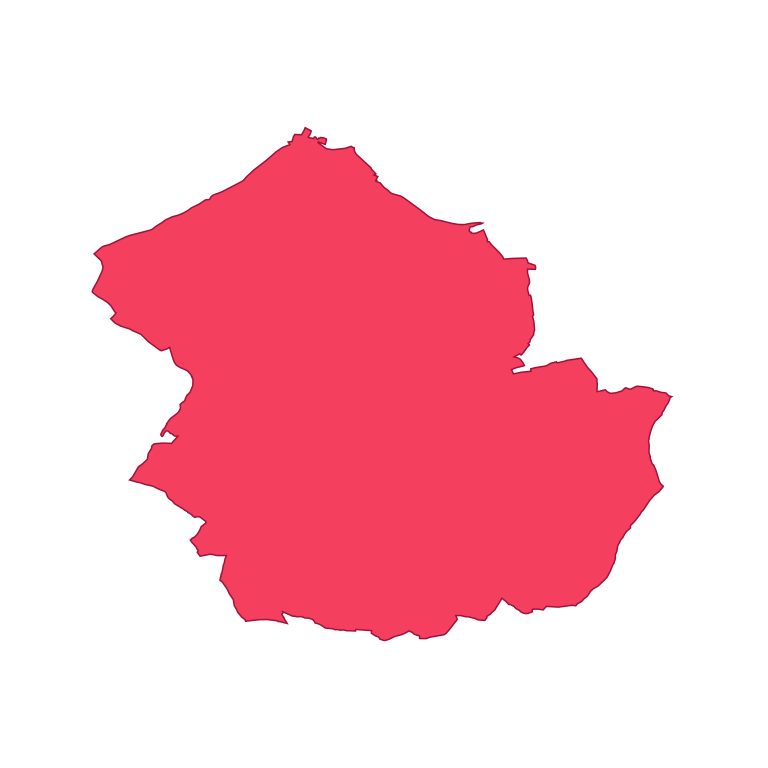 Palatca, Cluj, Romania (Natural Earth projection), rotated 163°
{"feature_id": "2599482B3358887254136", "entity_name": "Palatca", "entity_type": "district", "adm_level": 2, "iso_a3": "ROU", "parent_name": "Romania", "parent_adm1": "Cluj", "projection": "natural_earth1", "projection_center": [23.989, 46.864], "detail": "fine", "context": "isolated", "style": "filled", "palette": "rose", "viewbox_px": 768, "rotation_deg": 163, "n_neighbors": 0, "source": "geoboundaries", "source_scale": "gbopen_adm2", "svg_char_len": 6171}
<svg xmlns="http://www.w3.org/2000/svg" viewBox="0 0 768 768"><g transform="rotate(163 384 384)"><path d="M597.0,493.4L588.7,482.3L587.3,480.9L581.6,481.0L578.2,481.7L578.4,479.2L578.3,467.9L578.1,466.1L577.1,462.8L574.1,459.3L570.2,456.1L568.1,453.9L566.3,450.2L565.5,447.6L565.4,447.1L565.8,447.1L565.4,444.9L565.6,443.3L567.3,438.4L571.9,432.8L575.9,430.7L578.3,428.0L579.4,426.3L583.5,424.8L585.1,423.9L585.3,421.7L585.9,420.1L588.1,417.7L590.0,416.5L597.6,413.7L600.0,412.3L603.5,409.5L603.4,409.2L606.6,406.0L608.9,404.7L612.1,401.3L612.2,400.1L611.8,398.9L611.3,398.7L610.5,399.1L608.5,401.3L606.2,402.8L605.5,402.8L604.3,402.1L603.3,400.6L602.9,399.3L601.3,398.5L600.3,396.5L599.0,395.2L596.3,394.4L597.3,393.6L603.0,390.4L604.4,389.3L612.6,392.1L618.3,393.4L621.6,393.9L624.0,392.8L625.2,390.4L629.8,386.3L632.3,381.2L638.1,378.3L643.2,376.5L651.3,368.9L655.4,366.6L649.2,362.6L646.1,360.9L642.0,357.9L634.9,353.9L629.8,349.0L625.1,345.5L624.2,343.7L623.9,339.1L623.0,337.1L620.6,333.9L619.2,330.6L612.2,322.8L611.6,321.6L609.3,319.5L609.0,318.2L607.8,317.4L606.4,315.6L605.6,313.9L603.8,311.7L601.7,311.8L599.1,310.9L594.7,304.8L594.9,303.2L600.4,301.1L603.3,297.7L606.9,294.6L610.2,292.9L612.1,292.7L614.8,291.5L614.1,288.8L611.3,283.0L611.0,280.6L610.2,279.2L611.8,277.7L610.2,273.1L600.0,272.0L598.0,271.2L593.7,268.7L584.9,266.0L587.2,263.2L589.0,259.7L590.5,257.9L594.3,250.6L594.7,250.6L598.3,244.3L596.8,242.4L596.1,240.6L594.0,233.9L593.1,228.3L591.3,222.5L591.2,221.3L592.0,215.8L590.8,210.8L590.6,208.4L588.3,202.9L585.7,199.0L585.7,197.6L572.3,195.1L564.6,192.9L555.8,189.0L554.4,187.6L552.9,187.2L546.6,183.3L546.9,184.9L547.7,187.1L547.9,189.2L549.1,193.2L548.5,194.1L547.2,194.7L547.3,195.7L539.4,188.8L536.6,187.7L535.7,187.0L531.0,185.7L527.8,183.3L525.2,182.4L521.6,180.2L520.3,178.5L519.7,175.5L517.4,174.2L515.0,172.2L511.5,167.8L504.6,164.9L502.5,163.3L500.2,162.7L497.7,161.3L494.9,160.8L492.1,159.1L483.4,156.1L482.7,157.5L467.9,151.7L469.0,149.4L465.7,145.5L463.6,144.0L462.9,143.0L462.5,141.2L459.1,138.8L458.1,138.4L455.7,138.4L452.8,138.5L447.8,139.4L439.7,139.2L435.7,139.7L432.3,140.6L429.6,138.2L428.4,136.1L425.7,133.9L424.0,133.1L423.9,132.0L424.3,130.3L423.0,129.7L418.2,128.2L414.0,128.4L399.7,126.7L397.7,127.3L393.6,129.8L382.7,137.4L383.0,141.5L378.1,140.0L374.0,137.6L371.2,136.6L365.7,133.3L363.0,130.9L356.7,128.4L354.0,130.3L353.3,131.9L349.7,132.7L347.0,134.3L344.5,135.2L333.9,144.6L331.2,140.8L329.1,136.6L328.0,136.5L324.6,133.2L323.6,130.8L320.8,128.0L319.5,125.7L317.2,123.8L315.3,122.9L313.4,122.5L308.7,122.8L308.3,124.9L307.0,125.0L302.7,123.8L297.9,121.4L293.7,123.8L282.3,119.6L269.4,117.5L267.6,116.9L265.5,115.8L263.3,117.3L258.7,118.2L255.3,120.2L251.9,121.5L249.2,123.5L247.4,125.2L243.5,127.1L238.6,128.1L230.5,132.1L226.9,134.2L221.9,139.4L218.2,144.0L216.4,145.5L213.7,149.6L212.7,153.0L210.3,155.9L207.9,160.7L202.9,165.9L200.1,167.7L197.7,170.3L194.9,172.3L190.3,174.3L190.0,175.8L189.2,176.8L184.6,179.3L177.7,184.1L174.8,186.7L173.0,187.5L163.8,195.1L158.2,198.6L152.4,200.7L147.0,204.2L147.0,205.0L147.9,206.1L148.7,208.0L149.2,210.2L149.2,221.8L149.8,227.4L150.9,229.5L151.0,234.0L151.2,234.5L150.6,236.9L150.7,240.9L148.3,247.9L147.8,251.6L147.3,252.9L146.4,254.3L146.2,255.3L142.7,260.9L139.8,264.9L136.0,268.8L127.1,273.4L126.8,274.6L125.9,275.6L124.0,277.1L120.9,280.4L118.3,282.4L115.8,285.1L114.4,287.3L112.6,287.8L115.2,289.5L117.0,293.0L121.6,295.1L125.2,297.6L128.1,298.6L128.4,299.4L128.1,300.1L128.5,300.9L133.5,304.0L141.7,307.6L144.0,308.0L148.8,307.0L150.8,307.3L153.9,309.7L155.1,309.5L158.5,307.8L165.1,307.8L170.3,308.9L172.8,311.4L174.0,313.7L174.3,313.8L179.5,314.0L182.6,314.5L180.0,321.8L179.7,323.9L178.9,326.9L181.7,334.2L184.8,341.0L187.8,351.0L202.5,353.2L204.5,353.0L212.0,353.5L212.6,354.1L212.6,354.8L218.3,355.1L223.6,353.9L234.9,355.4L239.2,355.6L239.5,355.2L239.6,353.2L249.2,355.1L257.2,355.8L257.8,360.5L253.6,360.9L244.4,360.5L244.8,363.4L246.4,367.8L248.0,369.5L251.7,371.9L245.6,373.2L244.5,371.6L241.2,373.4L236.4,377.2L233.6,378.6L233.5,379.0L234.5,380.4L232.1,381.7L231.0,383.8L226.6,387.3L225.5,389.8L224.2,391.6L222.4,400.1L222.2,405.4L220.8,406.2L220.6,406.8L220.3,410.0L218.7,418.3L218.0,423.6L218.0,426.0L219.3,426.3L219.2,431.2L218.9,432.9L218.0,435.0L215.9,437.3L214.9,439.0L214.5,441.3L214.3,448.4L213.1,451.9L205.7,449.4L205.2,450.2L204.7,452.2L205.0,453.6L205.7,453.9L210.9,457.9L210.7,459.9L211.2,462.9L224.7,466.6L232.5,468.3L233.0,468.6L233.3,471.1L235.4,476.2L240.8,486.3L241.8,489.3L242.2,489.6L243.3,489.7L243.3,491.2L242.8,491.8L243.8,502.3L251.9,501.2L252.3,501.6L254.0,501.7L256.1,502.7L256.3,502.9L256.1,503.4L257.8,505.0L257.4,506.5L255.7,509.0L253.0,508.5L248.9,509.1L243.8,508.7L242.7,509.0L244.8,509.9L244.9,510.3L253.0,512.1L260.7,513.0L266.4,514.9L271.8,517.6L282.5,524.0L287.4,526.3L292.4,531.2L298.4,539.9L311.0,556.7L313.3,559.0L320.7,563.7L322.1,565.4L323.7,568.4L326.4,571.8L328.9,577.4L332.3,580.1L331.4,580.8L332.2,581.3L329.2,584.2L332.5,586.8L330.3,587.3L333.2,593.1L333.2,594.5L343.4,611.9L344.1,615.0L343.5,618.8L344.2,618.9L345.9,620.9L352.2,620.7L364.3,623.0L370.2,625.7L376.6,634.1L376.2,634.7L375.3,634.1L370.2,630.3L367.6,634.3L367.5,635.2L369.1,636.6L372.5,638.3L373.8,637.9L374.4,638.3L375.7,637.3L376.7,638.0L376.9,639.5L377.8,640.6L378.4,640.5L379.7,639.4L384.1,641.7L384.3,642.4L382.6,643.5L380.9,645.3L379.6,647.3L384.4,652.2L385.9,650.3L389.9,646.5L396.4,648.7L398.2,647.1L401.0,642.8L404.9,643.5L404.0,640.4L411.9,639.9L419.0,637.7L430.9,632.4L446.4,626.5L455.1,622.2L458.7,619.9L460.5,619.3L482.6,615.2L492.1,614.6L494.5,613.8L496.4,611.9L497.4,611.5L500.0,612.2L501.5,612.1L508.6,610.0L516.5,608.8L520.7,607.3L525.5,606.2L531.3,605.6L538.0,605.8L544.8,604.8L549.3,603.2L555.6,601.6L560.2,599.8L562.0,599.5L584.0,600.4L587.8,600.2L605.7,597.6L611.9,597.8L614.2,597.3L623.2,593.2L618.7,585.1L618.4,583.9L618.5,577.9L620.6,574.3L627.8,566.3L634.3,560.0L635.8,558.1L636.0,557.0L632.2,551.4L628.6,547.6L624.6,542.9L622.2,538.5L620.5,532.0L619.5,530.3L623.1,527.9L626.3,526.3L623.3,520.8L618.6,516.1L611.2,511.1L608.4,508.2L601.9,502.6L597.0,493.4Z" fill="#f43f5e" stroke="#9f1239" stroke-width="1.5"/></g></svg>